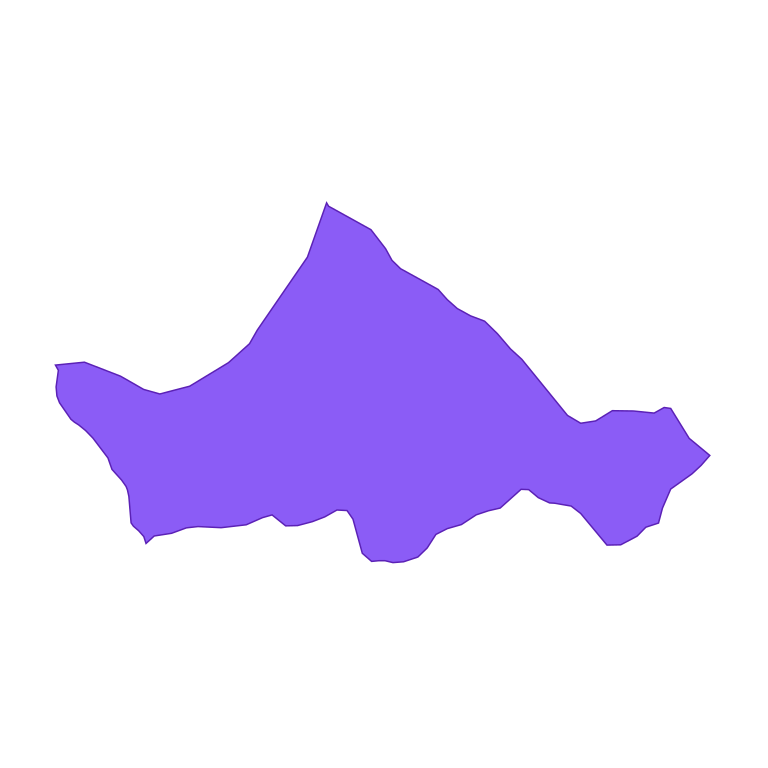 map outline of Bazéga (orthographic projection), rotated 183°
{"feature_id": "BFA-2814", "entity_name": "Bazéga", "entity_type": "Province", "adm_level": 1, "iso_a3": "BFA", "parent_name": "Burkina Faso", "parent_adm1": "", "projection": "orthographic", "projection_center": [-1.43, 11.889], "detail": "fine", "context": "isolated", "style": "filled", "palette": "violet", "viewbox_px": 768, "rotation_deg": 183, "n_neighbors": 0, "source": "natural_earth", "source_scale": "10m", "svg_char_len": 1364}
<svg xmlns="http://www.w3.org/2000/svg" viewBox="0 0 768 768"><g transform="rotate(183 384 384)"><path d="M613.3,212.3L615.9,219.1L621.3,224.6L626.8,228.9L629.3,232.1L632.9,258.4L634.7,264.9L636.2,268.2L641.0,274.3L651.2,284.5L655.8,295.7L671.9,314.8L679.7,322.0L686.8,327.2L691.2,329.7L694.8,332.4L707.0,348.2L710.0,354.9L711.3,363.9L709.9,380.6L713.1,385.7L684.3,390.1L647.5,378.0L623.7,366.0L607.4,362.3L578.0,371.6L540.4,397.2L520.4,417.2L513.3,431.3L467.1,506.7L450.8,561.9L448.6,558.6L405.1,537.4L389.5,519.2L382.5,507.9L373.5,500.0L334.8,481.2L325.3,471.6L314.8,463.2L301.2,456.6L286.8,452.0L273.3,440.1L259.5,425.6L247.7,415.9L199.1,362.2L185.5,355.1L170.7,358.2L154.6,369.3L133.4,370.1L112.7,369.1L103.0,375.2L96.4,374.6L76.4,345.7L54.9,329.7L63.0,319.4L71.6,310.5L92.2,294.1L99.4,274.7L102.6,259.5L115.0,254.7L123.3,245.3L139.2,235.8L152.9,234.8L180.8,265.0L190.7,271.9L207.7,273.9L212.4,273.9L224.0,278.6L234.0,286.1L241.6,286.0L261.5,266.2L273.0,262.9L285.0,258.2L299.3,247.7L313.2,242.9L324.3,236.5L332.3,222.5L341.1,213.0L355.1,207.5L365.7,206.1L373.8,207.6L379.7,207.3L387.1,206.2L396.8,213.8L407.9,247.4L414.3,255.7L424.4,255.7L436.2,248.2L448.3,242.8L462.9,238.1L474.8,237.2L488.9,247.4L498.3,244.2L514.2,236.2L539.1,232.0L562.3,231.9L573.8,230.0L588.3,223.8L605.5,220.2L613.3,212.3Z" fill="#8b5cf6" stroke="#5b21b6" stroke-width="1.5"/></g></svg>